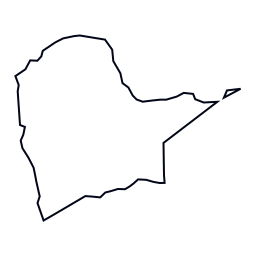 outline of São Francisco, Paraíba, Brazil
{"feature_id": "56859067B77351971445898", "entity_name": "São Francisco", "entity_type": "district", "adm_level": 2, "iso_a3": "BRA", "parent_name": "Brazil", "parent_adm1": "Paraíba", "projection": "orthographic", "projection_center": [-38.051, -6.637], "detail": "fine", "context": "isolated", "style": "outline", "palette": "ink", "viewbox_px": 256, "rotation_deg": 0, "n_neighbors": 0, "source": "geoboundaries", "source_scale": "gbopen_adm2", "svg_char_len": 839}
<svg xmlns="http://www.w3.org/2000/svg" viewBox="0 0 256 256"><path d="M164.6,182.9L164.0,175.2L163.5,142.9L217.3,101.8L203.7,102.5L195.2,99.2L193.1,93.9L183.7,92.9L176.7,96.6L166.1,99.7L159.9,99.7L152.3,100.5L142.7,101.7L136.6,99.5L132.7,95.5L128.4,87.5L122.5,83.1L120.4,73.3L113.3,61.1L112.2,49.7L105.0,39.6L79.8,35.5L74.1,36.1L63.1,38.4L55.1,42.5L42.8,50.8L41.3,56.4L37.4,60.7L30.2,60.4L25.4,69.3L15.4,76.1L18.7,85.0L17.7,91.4L20.0,125.0L24.9,126.9L23.3,134.7L20.7,140.6L22.5,148.3L28.4,157.6L33.6,167.7L35.4,176.5L36.4,181.9L39.7,196.4L37.5,203.1L43.6,220.5L52.6,215.3L85.3,196.1L92.4,196.6L100.2,197.4L105.3,192.5L110.2,191.3L117.9,189.0L125.0,189.2L129.4,186.6L133.3,183.7L138.1,179.4L146.1,179.8L153.5,181.9L159.7,183.0L164.6,182.9ZM240.6,88.8L227.0,90.4L223.9,97.7L240.6,88.8Z" fill="none" stroke="#020617" stroke-width="2"/></svg>